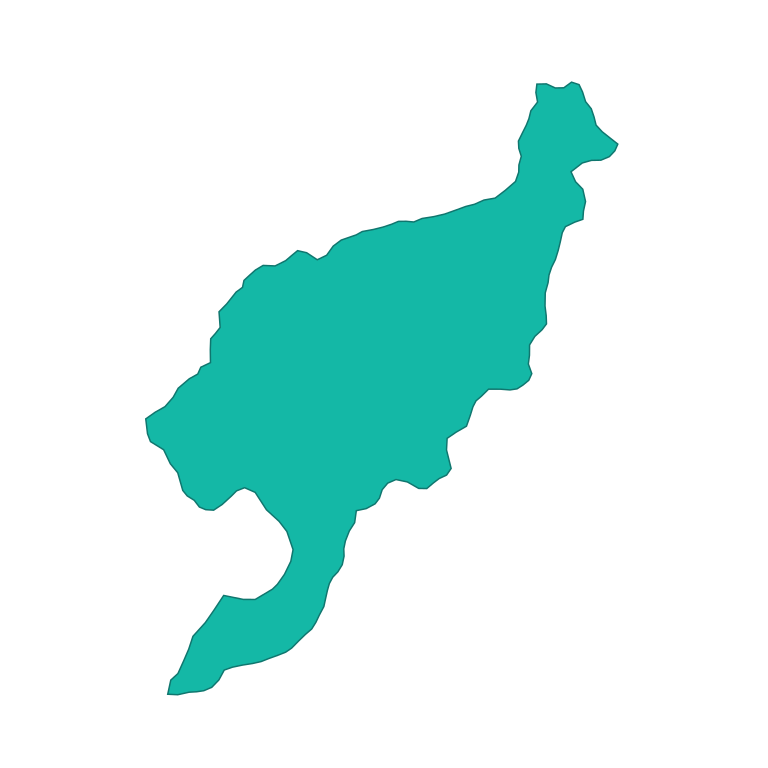 Mata Verde, Minas Gerais, Brazil, rotated 256°
{"feature_id": "56859067B41981550875410", "entity_name": "Mata Verde", "entity_type": "district", "adm_level": 2, "iso_a3": "BRA", "parent_name": "Brazil", "parent_adm1": "Minas Gerais", "projection": "albers", "projection_center": [-40.707, -15.767], "detail": "fine", "context": "isolated", "style": "filled", "palette": "teal", "viewbox_px": 768, "rotation_deg": 256, "n_neighbors": 0, "source": "geoboundaries", "source_scale": "gbopen_adm2", "svg_char_len": 2581}
<svg xmlns="http://www.w3.org/2000/svg" viewBox="0 0 768 768"><g transform="rotate(256 384 384)"><path d="M135.3,99.1L132.4,108.7L132.1,120.4L130.7,127.8L130.0,135.0L131.4,143.6L136.8,152.2L145.1,159.8L145.9,168.3L145.5,178.8L144.6,188.9L144.4,197.6L145.5,205.8L146.5,215.6L147.6,223.8L150.1,230.5L155.2,238.8L160.0,247.1L163.8,254.6L169.3,260.3L175.5,265.4L182.6,271.8L189.9,275.4L197.5,279.2L203.6,282.7L208.9,287.5L212.9,293.8L218.8,299.8L226.6,303.6L233.8,305.1L241.1,308.6L249.8,314.8L256.6,322.0L267.8,326.5L267.4,336.6L269.9,346.4L274.3,351.9L281.9,356.7L286.9,363.6L288.4,372.5L283.3,383.0L274.3,392.4L272.2,400.2L276.1,408.1L278.9,414.6L280.5,422.7L285.8,428.7L294.1,428.7L304.9,428.7L316.0,432.1L319.8,442.3L323.1,453.8L332.8,460.2L340.4,464.8L345.4,469.2L348.6,475.6L353.7,484.2L350.8,495.7L347.8,504.8L347.1,511.9L349.4,518.7L352.6,525.4L358.3,529.9L368.5,528.9L376.7,532.1L386.7,534.7L393.7,541.9L398.4,550.5L403.0,556.2L411.0,557.9L420.7,559.1L433.4,562.5L442.6,567.7L449.9,570.5L456.8,574.9L463.3,580.4L471.6,585.4L479.4,589.5L487.7,593.6L492.8,598.1L494.9,608.2L495.7,616.8L503.6,619.4L512.3,623.7L524.9,624.0L533.9,618.8L544.7,616.8L550.5,629.9L550.8,639.4L548.7,648.6L550.1,657.7L554.4,664.4L560.2,668.9L568.2,662.7L576.0,656.7L583.9,652.4L592.3,652.4L600.9,651.7L609.2,647.9L619.3,647.3L627.3,645.7L631.5,639.0L627.9,630.1L629.8,621.8L635.9,614.2L638.0,604.9L630.1,601.9L620.4,601.2L613.6,592.6L606.4,588.8L600.7,584.7L594.9,579.7L587.2,573.2L580.0,571.8L571.7,572.3L563.9,567.9L557.0,566.0L548.7,560.6L542.6,548.6L537.5,536.8L538.3,525.5L536.5,515.3L536.5,506.4L535.4,496.2L534.2,483.9L534.4,472.2L535.4,461.0L534.0,452.1L536.5,444.9L538.3,437.3L537.2,430.2L536.5,421.0L536.5,411.1L537.2,399.8L535.4,393.1L534.7,385.2L534.0,377.3L530.1,368.1L522.8,359.5L520.7,349.3L530.1,340.7L534.3,332.4L530.8,325.1L527.5,318.5L524.9,306.9L528.3,295.4L525.7,286.8L522.5,280.7L518.4,273.2L512.0,270.1L509.0,262.8L499.7,250.7L494.0,241.4L478.5,238.7L473.7,232.5L469.8,226.8L459.4,223.8L446.7,220.8L444.6,210.3L438.7,205.7L436.2,196.4L429.7,183.3L422.1,176.2L415.0,166.0L412.0,155.2L407.8,144.4L392.9,142.5L384.6,143.5L373.5,154.3L358.3,157.4L347.8,162.4L329.4,163.0L323.0,166.0L317.1,171.7L309.3,175.1L305.2,180.6L302.8,188.2L306.3,197.9L312.2,208.8L316.0,215.1L317.1,223.7L310.0,232.8L290.4,239.5L276.1,249.0L264.4,254.1L245.3,255.7L234.5,250.7L223.4,241.4L215.4,232.1L211.9,226.1L206.1,206.9L209.0,195.4L217.6,177.3L205.6,164.2L195.7,152.9L185.4,137.6L174.0,130.4L163.9,122.7L152.9,114.0L148.3,105.5L135.3,99.1Z" fill="#14b8a6" stroke="#0f766e" stroke-width="1.5"/></g></svg>